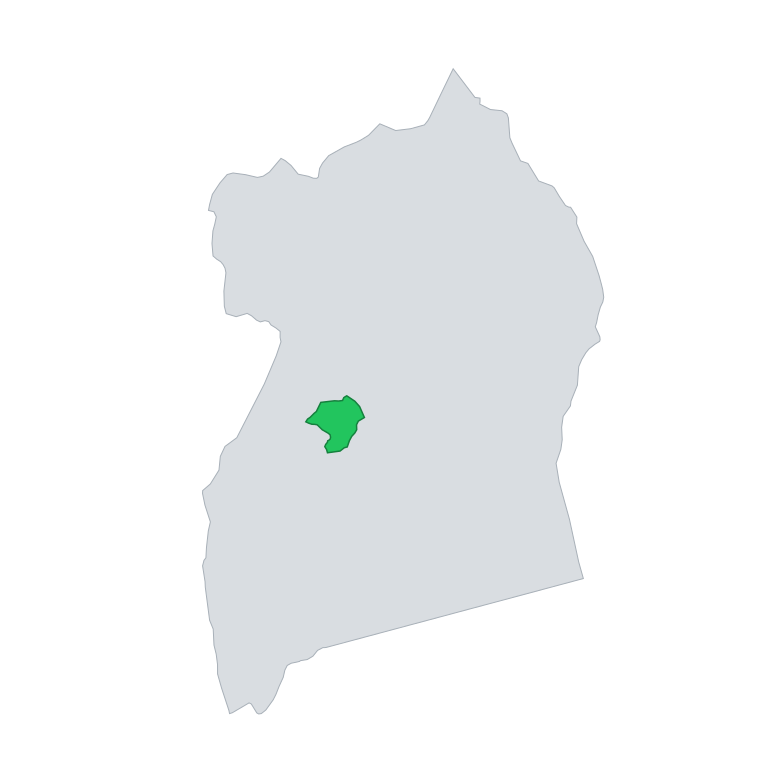 Kyankwanzi on a map of Uganda (Natural Earth projection), rotated 345°
{"feature_id": "UGA-5602", "entity_name": "Kyankwanzi", "entity_type": "District", "adm_level": 1, "iso_a3": "UGA", "parent_name": "Uganda", "parent_adm1": "", "projection": "natural_earth1", "projection_center": [31.594, 1.103], "detail": "fine", "context": "in_parent", "style": "filled", "palette": "green", "viewbox_px": 768, "rotation_deg": 345, "n_neighbors": 0, "source": "natural_earth", "source_scale": "10m", "svg_char_len": 2884}
<svg xmlns="http://www.w3.org/2000/svg" viewBox="0 0 768 768"><g transform="rotate(345 384 384)"><path d="M526.2,623.5L516.7,623.5L501.3,623.5L485.8,623.5L470.3,623.5L454.8,623.5L439.3,623.5L423.8,623.5L408.4,623.5L392.9,623.5L377.4,623.5L361.9,623.5L346.4,623.5L331.0,623.5L315.5,623.5L300.0,623.5L284.5,623.5L269.0,623.5L259.9,623.5L258.0,623.2L256.8,622.8L250.9,624.1L244.9,628.5L238.5,630.3L231.6,629.6L230.7,630.1L227.2,630.0L222.2,629.7L217.7,630.8L214.2,634.7L210.7,641.3L204.4,648.9L199.4,655.7L195.2,660.4L185.5,668.3L180.2,670.6L177.6,670.3L176.0,668.8L173.0,658.7L171.1,657.1L152.3,662.3L149.5,662.4L149.7,659.2L148.4,635.5L148.2,621.0L150.6,611.9L152.0,601.5L152.2,592.2L155.6,576.5L154.4,567.1L158.8,534.0L160.0,528.6L161.7,512.7L164.5,507.7L167.0,505.8L170.2,496.0L176.3,480.4L180.6,472.3L179.7,454.7L180.4,442.7L181.3,440.0L190.4,435.6L202.3,424.5L207.2,411.5L214.3,403.1L227.9,397.8L228.0,397.7L268.4,353.0L287.2,328.9L295.4,316.6L295.7,312.1L297.3,306.3L294.0,301.8L290.1,297.7L288.8,293.9L285.4,292.0L280.6,292.0L277.4,289.3L273.7,283.8L270.1,280.4L258.6,280.7L249.8,275.2L249.9,267.6L253.4,252.8L260.1,235.7L260.4,231.0L259.5,227.0L257.9,223.6L254.8,220.2L252.0,216.1L254.2,203.8L258.4,191.8L261.9,185.8L265.3,179.1L264.3,173.6L259.4,170.9L262.0,165.5L267.3,156.4L277.6,147.3L286.7,141.1L292.8,141.1L304.5,146.0L315.2,151.7L321.1,152.0L328.2,149.6L342.9,139.4L346.4,142.7L350.8,148.9L355.4,159.1L364.7,163.8L369.1,167.0L372.3,167.9L374.1,167.1L377.6,159.1L381.8,154.7L389.7,149.1L407.0,144.7L419.4,143.4L424.6,142.4L433.4,139.8L447.3,131.6L460.9,142.2L475.7,144.3L490.1,144.2L494.5,141.0L497.0,138.5L512.0,121.0L532.4,97.4L546.0,130.7L550.7,132.7L550.0,135.6L548.9,138.4L557.8,146.4L568.7,150.6L572.6,154.8L573.0,159.2L569.3,178.7L570.0,184.3L573.6,203.8L580.1,208.2L585.9,227.9L597.6,236.2L599.2,238.6L601.9,248.2L605.5,258.6L608.3,261.0L610.0,261.6L613.5,272.7L611.5,279.0L614.2,297.9L618.6,314.8L619.8,335.0L619.8,343.9L619.7,349.3L618.7,357.0L616.6,361.4L612.9,365.7L608.8,372.5L605.2,379.8L602.9,383.4L604.7,394.3L604.2,397.2L603.3,398.6L598.0,400.2L591.2,403.1L587.1,406.0L581.3,411.6L576.6,417.6L570.5,435.2L560.2,448.9L558.4,453.4L548.7,461.6L544.4,471.7L541.7,484.0L537.9,492.9L529.7,505.1L527.8,524.3L528.1,562.6L526.0,606.3L526.2,623.5Z" fill="#d9dde1" stroke="#a8b0b8" stroke-width="1"/><path d="M345.0,385.8L351.4,393.1L354.6,399.5L356.4,411.3L349.6,413.2L346.9,416.3L345.8,421.1L343.1,423.8L339.3,426.2L335.9,429.8L332.2,435.3L329.1,435.3L324.2,437.4L311.6,435.8L311.6,432.5L310.6,429.2L312.0,427.3L314.2,425.7L314.9,424.3L316.3,424.0L317.7,423.3L318.6,421.7L318.8,419.1L317.3,417.0L312.5,412.2L308.9,406.1L306.5,405.0L303.9,404.2L301.2,402.4L298.7,400.3L301.1,398.1L304.0,397.1L309.0,394.2L311.5,393.1L318.2,385.4L331.8,387.4L335.8,388.7L339.7,389.2L341.6,386.8L343.3,386.2L345.0,385.8Z" fill="#22c55e" stroke="#15803d" stroke-width="1.5"/></g></svg>